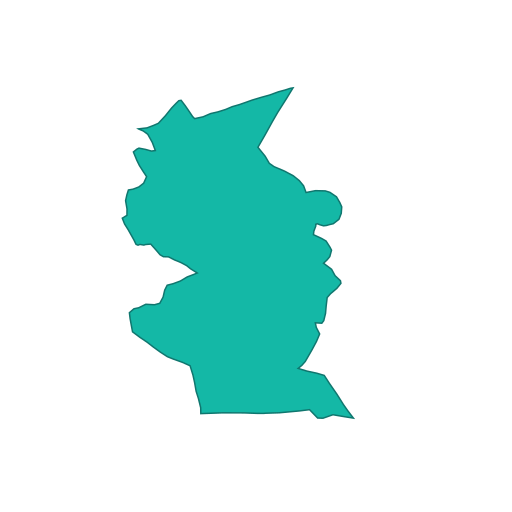 Al-Shatra, Dhi-Qar, Iraq, rotated 120°
{"feature_id": "34846034B98077762120905", "entity_name": "Al-Shatra", "entity_type": "district", "adm_level": 2, "iso_a3": "IRQ", "parent_name": "Iraq", "parent_adm1": "Dhi-Qar", "projection": "robinson", "projection_center": [46.274, 31.405], "detail": "fine", "context": "isolated", "style": "filled", "palette": "teal", "viewbox_px": 512, "rotation_deg": 120, "n_neighbors": 0, "source": "geoboundaries", "source_scale": "gbopen_adm2", "svg_char_len": 2372}
<svg xmlns="http://www.w3.org/2000/svg" viewBox="0 0 512 512"><g transform="rotate(120 256 256)"><path d="M347.7,90.6L344.2,99.0L341.0,105.9L335.2,116.9L329.7,128.6L325.3,137.2L327.1,144.7L330.3,154.7L332.3,163.3L327.7,161.6L322.7,160.6L316.1,160.6L309.4,160.6L299.8,160.9L291.7,161.9L287.7,168.1L284.2,171.2L281.3,165.4L278.1,165.0L270.9,167.1L264.3,170.2L263.6,170.5L258.0,172.9L256.4,173.6L251.4,172.6L243.6,169.8L237.2,168.8L235.2,170.5L233.5,177.7L229.7,183.9L228.5,193.9L223.9,192.5L219.6,191.8L213.2,193.5L211.4,196.3L208.0,202.8L208.0,208.0L208.8,216.9L205.6,218.3L200.2,219.2L199.6,219.5L198.7,220.1L197.4,219.0L197.0,216.3L196.1,212.6L194.3,210.2L192.0,208.0L189.4,205.2L182.7,202.5L176.4,203.5L170.6,206.3L167.9,210.0L164.5,215.9L163.9,223.8L165.0,228.6L167.9,233.9L169.7,237.2L176.0,244.4L171.4,249.9L169.1,256.1L167.9,263.7L168.2,273.6L169.6,285.0L169.1,290.8L165.0,298.0L160.9,308.7L158.3,308.7L146.7,308.7L131.3,309.0L120.9,309.0L104.4,308.3L91.9,308.0L93.6,310.1L97.7,313.8L102.6,318.7L109.9,324.8L116.2,331.0L122.9,337.3L127.5,341.2L133.2,346.1L138.6,351.3L144.3,355.6L150.3,361.1L155.3,366.5L161.9,371.4L167.7,377.8L166.9,380.7L164.0,386.6L161.2,392.5L158.6,398.7L160.1,400.5L163.6,401.5L170.1,403.1L179.9,404.6L189.9,406.9L194.1,410.0L199.5,414.4L204.7,421.4L204.7,421.1L204.1,416.2L204.7,410.6L209.5,402.6L215.0,395.9L217.4,399.0L218.9,404.9L221.1,411.3L223.0,412.6L227.2,414.2L232.6,407.2L235.9,402.3L239.4,395.6L242.0,390.4L249.1,389.7L254.8,392.0L259.6,395.9L262.6,399.5L267.6,398.4L273.3,396.6L279.8,391.2L285.3,388.1L290.1,390.7L294.0,385.8L297.0,380.1L299.9,375.2L303.1,369.8L305.9,365.7L305.6,363.6L304.0,362.3L302.6,358.6L301.3,357.4L298.3,353.1L300.9,345.3L302.9,339.7L302.9,335.8L300.5,331.4L300.1,324.2L299.6,321.0L299.2,317.5L299.0,311.3L299.8,306.2L300.1,298.4L303.5,301.0L308.5,305.1L315.5,309.0L321.4,313.9L325.7,318.3L331.2,318.0L338.1,315.9L345.1,315.7L349.0,319.6L352.9,327.3L359.5,331.7L362.7,335.3L368.4,337.3L373.2,333.7L377.7,329.9L383.4,325.0L384.5,315.7L385.1,307.2L386.2,299.2L387.1,290.4L387.5,282.4L386.6,276.0L384.9,266.7L384.0,258.2L390.7,251.0L396.4,245.8L403.1,240.2L408.3,234.5L415.1,228.0L420.1,225.0L408.5,206.5L397.9,188.0L391.7,176.3L388.5,170.7L387.3,169.0L380.1,157.4L368.5,141.0L362.3,132.8L365.5,121.6L363.0,116.9L355.0,110.0L351.0,99.2L347.7,90.6Z" fill="#14b8a6" stroke="#0f766e" stroke-width="1.5"/></g></svg>